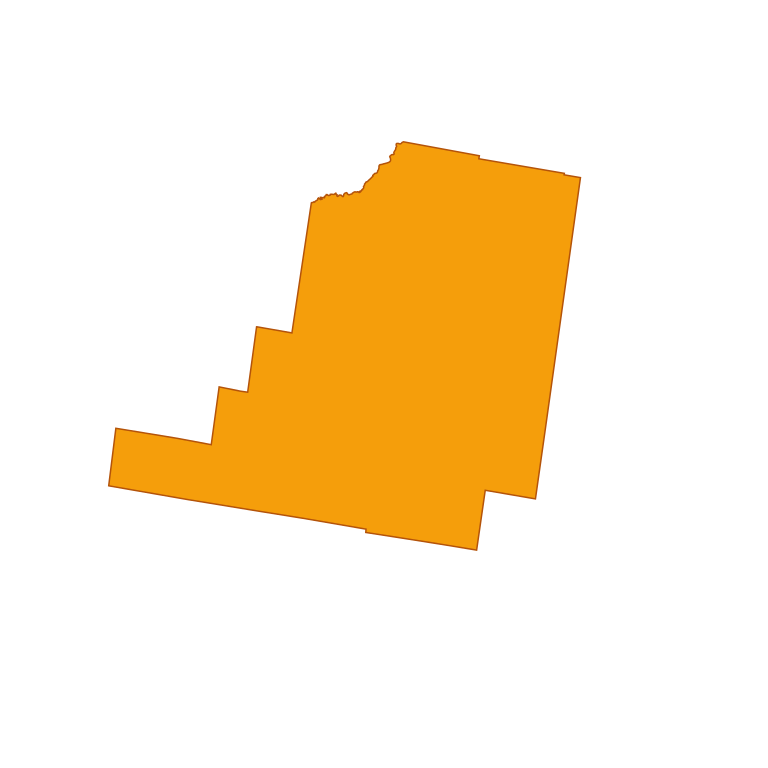 the district of General La Madrid, Buenos Aires, Argentina, rotated 53°
{"feature_id": "61730980B93674688207762", "entity_name": "General La Madrid", "entity_type": "district", "adm_level": 2, "iso_a3": "ARG", "parent_name": "Argentina", "parent_adm1": "Buenos Aires", "projection": "robinson", "projection_center": [-61.69, -37.401], "detail": "fine", "context": "isolated", "style": "filled", "palette": "amber", "viewbox_px": 768, "rotation_deg": 53, "n_neighbors": 0, "source": "geoboundaries", "source_scale": "gbopen_adm2", "svg_char_len": 4250}
<svg xmlns="http://www.w3.org/2000/svg" viewBox="0 0 768 768"><g transform="rotate(53 384 384)"><path d="M299.6,665.1L300.1,664.7L358.6,609.9L411.1,559.7L442.4,529.6L489.1,485.7L491.6,487.9L519.4,460.9L545.9,435.3L572.4,410.0L529.8,367.1L550.0,348.1L566.9,332.2L519.7,284.9L515.0,280.2L337.4,102.9L325.3,114.3L324.3,113.2L261.2,172.7L259.1,170.5L202.3,222.7L202.0,224.0L202.0,224.3L202.1,224.7L202.2,225.2L202.2,225.9L202.0,226.5L201.7,226.9L201.3,227.3L200.8,227.5L200.5,227.8L200.2,228.1L199.9,228.6L199.6,229.0L199.6,229.6L199.9,230.0L200.2,230.3L200.7,230.6L201.4,230.7L201.9,231.0L202.0,231.2L202.1,231.5L202.3,232.1L202.8,232.7L203.2,233.1L203.8,233.7L204.1,234.7L204.2,235.0L204.4,235.5L204.6,236.0L204.8,236.4L205.1,236.9L205.6,237.2L206.2,237.3L206.4,237.6L206.5,238.3L206.2,238.8L205.9,239.1L205.6,239.5L205.5,240.2L205.5,240.8L205.6,241.4L205.5,241.8L205.7,242.2L206.0,242.7L206.7,242.8L207.2,242.9L207.9,243.2L208.6,243.6L209.3,244.1L209.8,244.8L209.9,245.3L210.0,245.9L209.9,246.3L209.8,247.0L209.7,247.3L209.5,247.9L209.3,248.6L208.9,249.5L208.6,250.4L208.2,251.2L207.9,251.9L207.6,252.8L207.4,253.4L207.1,253.9L206.9,254.5L206.5,255.0L206.4,255.7L206.6,256.4L207.1,257.0L207.6,257.4L207.9,257.6L208.5,258.1L209.0,258.8L209.6,259.5L209.8,260.3L210.1,260.9L210.7,261.5L211.0,262.1L211.1,262.8L211.0,263.3L210.7,264.0L210.4,264.3L210.3,264.8L210.5,265.4L210.4,266.1L210.6,266.5L210.6,266.9L210.6,267.4L210.9,267.6L211.3,267.7L211.5,268.1L211.5,268.5L211.5,269.1L211.6,269.7L211.7,270.1L211.8,270.6L211.8,271.3L212.0,271.9L212.0,272.4L212.0,273.1L212.1,273.8L212.2,274.4L212.3,275.0L212.3,275.8L212.0,276.3L211.9,276.9L212.1,277.1L212.1,277.5L212.4,278.0L212.5,278.5L212.6,279.2L213.1,279.6L213.5,280.0L213.7,280.5L213.8,281.1L214.0,281.6L214.5,281.8L214.8,281.9L215.0,282.1L215.3,282.6L215.4,283.0L215.4,283.4L215.8,284.0L215.6,284.2L215.5,284.4L215.6,284.9L215.9,285.2L216.0,285.5L216.1,285.8L215.8,286.1L216.0,286.5L216.3,286.9L216.1,287.2L215.7,287.3L215.5,287.5L215.7,287.9L216.0,288.2L216.3,288.2L216.2,288.6L215.9,288.8L215.6,288.8L215.2,288.8L214.8,289.2L214.4,289.6L214.4,290.1L214.2,290.5L213.9,290.7L213.5,291.0L213.3,291.4L212.9,291.8L212.7,292.4L212.7,292.7L212.7,293.1L212.6,293.5L212.6,293.9L212.7,294.4L212.6,294.7L212.7,294.9L212.9,295.1L212.8,295.5L212.7,295.9L212.5,296.2L212.3,296.6L212.2,297.1L212.1,297.4L212.0,297.9L211.8,298.2L211.5,298.3L211.2,298.4L210.7,298.8L210.3,298.9L210.1,298.7L209.7,298.6L209.0,298.6L208.6,298.8L208.4,299.4L208.2,299.9L208.1,300.2L208.1,300.9L208.2,301.2L208.3,301.8L208.5,302.2L208.9,302.5L209.1,302.7L209.3,303.1L209.5,303.2L209.6,303.6L209.7,303.9L209.3,304.3L208.9,304.4L208.2,304.4L207.6,304.5L207.1,304.8L206.9,305.1L206.7,305.4L206.4,305.7L206.2,306.2L206.4,306.9L206.4,307.7L206.3,308.1L206.1,308.3L205.4,308.4L205.1,308.3L204.9,307.8L204.8,307.6L204.3,307.7L203.9,307.9L203.6,308.1L203.3,308.2L203.0,308.0L202.8,307.6L202.6,307.6L202.5,307.8L202.5,308.2L202.6,308.6L202.7,309.0L202.5,309.3L202.6,309.7L202.4,310.0L202.2,310.3L201.5,311.0L200.9,311.6L200.8,312.0L200.5,312.2L200.4,312.5L200.2,312.8L200.4,313.1L200.7,313.2L200.7,313.5L200.6,314.0L200.4,314.5L200.2,314.8L199.6,315.0L199.3,315.3L199.1,315.5L198.9,315.4L198.6,315.4L198.5,315.7L198.2,315.8L198.0,316.1L198.3,316.3L198.4,316.8L198.5,317.3L198.5,317.7L198.5,318.2L198.4,318.6L198.8,318.9L199.1,319.0L199.4,319.5L199.2,319.8L198.9,320.0L198.6,320.1L198.4,320.4L198.4,320.8L198.1,321.1L197.8,321.5L197.5,321.6L197.3,321.7L196.9,322.0L196.7,322.4L197.1,322.5L197.5,322.5L197.8,322.3L198.0,322.2L198.4,322.4L198.6,322.3L198.9,322.3L199.0,322.3L198.9,322.6L198.8,322.8L198.7,323.2L198.7,323.5L198.2,323.8L197.7,323.9L197.3,324.0L197.0,324.0L196.9,324.1L196.4,324.2L196.0,324.3L196.0,324.6L196.1,325.0L196.1,325.3L196.3,325.5L196.6,325.6L196.8,325.9L196.9,326.4L197.0,326.7L197.0,327.0L196.8,327.3L196.7,327.9L196.8,328.2L196.8,328.7L196.7,329.0L196.8,329.3L197.0,329.6L197.0,330.0L196.7,330.2L196.4,330.3L196.3,330.5L196.2,330.8L196.3,331.2L196.2,331.4L196.2,331.7L196.1,331.9L195.9,332.1L195.7,332.4L195.6,332.6L195.6,333.0L287.8,426.8L261.9,451.0L262.1,451.3L261.8,451.5L308.5,497.8L303.4,502.9L287.1,517.4L328.5,558.5L303.3,581.5L258.0,624.8L299.6,665.1Z" fill="#f59e0b" stroke="#b45309" stroke-width="1.5"/></g></svg>